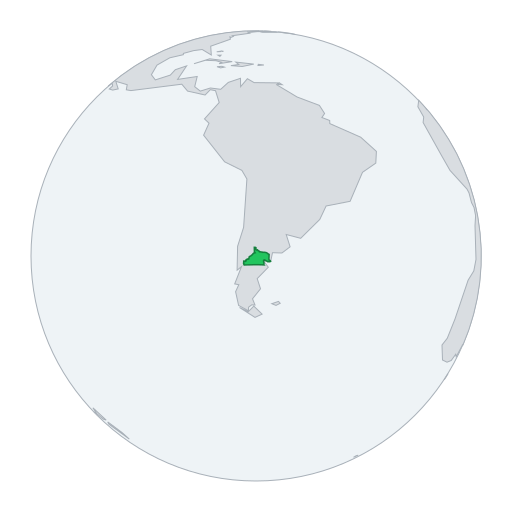 globe centered on Río Negro
{"feature_id": "ARG-1297", "entity_name": "Río Negro", "entity_type": "Province", "adm_level": 1, "iso_a3": "ARG", "parent_name": "Argentina", "parent_adm1": "", "projection": "orthographic", "projection_center": [-67.714, -39.784], "detail": "fine", "context": "on_globe", "style": "filled", "palette": "green", "viewbox_px": 512, "rotation_deg": 0, "n_neighbors": 0, "source": "natural_earth", "source_scale": "10m", "svg_char_len": 5800}
<svg xmlns="http://www.w3.org/2000/svg" viewBox="0 0 512 512"><circle cx="256" cy="256" r="225" fill="#eef3f6" stroke="#a8b0b8"/><path d="M259.2,30.7L246.9,31.3L262.8,30.9L264.8,31.4L268.4,31.7L272.9,31.9L275.2,31.8L277.6,32.3L262.7,32.3L260.4,31.9L265.1,31.7L257.6,31.6L247.6,32.6L249.4,33.3L232.4,35.7L233.4,36.4L230.3,37.7L229.8,36.2L230.4,39.2L210.7,46.2L211.3,55.0L202.2,49.5L193.7,50.6L183.4,53.4L183.3,54.7L169.8,57.8L157.0,65.1L151.4,74.7L155.3,79.9L170.3,75.1L175.3,69.7L186.6,65.9L177.6,79.4L197.2,76.5L194.7,86.7L200.3,91.1L210.4,88.0L220.7,89.3L228.3,82.4L240.5,78.3L240.6,86.7L247.4,78.7L254.1,82.6L278.5,82.9L276.6,84.7L297.1,97.0L319.4,105.4L324.6,113.5L321.9,117.5L329.7,120.5L329.8,123.6L360.7,137.2L376.4,151.4L375.8,163.1L362.5,172.3L350.1,201.3L326.1,206.0L319.8,219.4L300.7,238.3L286.2,234.5L290.1,246.8L281.9,253.0L272.5,252.7L270.7,261.3L263.7,261.1L268.3,267.2L257.2,278.6L260.5,288.8L252.5,298.8L255.0,305.0L251.8,304.8L248.6,307.2L248.4,310.8L238.6,305.4L235.6,291.7L238.8,284.7L234.7,283.9L241.5,266.6L237.1,270.2L237.6,246.3L243.6,227.4L246.9,179.0L241.9,170.4L224.6,161.8L203.6,135.2L209.0,123.2L204.5,118.9L219.2,102.5L215.5,90.7L210.3,89.7L205.1,95.0L187.6,91.1L181.8,84.2L130.9,90.6L126.3,89.8L127.2,84.7L115.8,81.3L118.2,88.9L112.7,90.1L109.3,89.0L112.6,86.0L112.2,83.2L108.1,86.1L108.7,85.6L121.5,75.3L134.9,66.0L149.1,57.7L163.7,50.5L178.9,44.3L194.5,39.3L210.4,35.4L226.6,32.7L242.9,31.1L259.2,30.7ZM209.7,58.8L232.2,61.6L219.1,63.7L221.6,62.3L216.0,60.7L205.4,60.3L194.0,63.7L209.7,58.8ZM220.6,51.6L216.7,51.8L220.6,51.2L220.6,51.6ZM255.0,317.4L239.5,307.5L248.2,311.8L253.8,306.1L262.1,314.1L255.0,317.4ZM271.8,303.7L278.5,301.4L280.2,303.3L276.0,305.4L271.8,303.7ZM462.8,345.4L463.0,344.0L456.2,356.7L455.7,354.3L451.2,360.5L447.0,362.2L442.5,360.0L442.0,345.0L447.3,338.2L455.0,319.0L468.1,280.2L473.8,270.9L476.0,259.4L475.0,225.7L475.6,215.6L474.0,207.4L471.5,202.6L469.0,192.9L467.0,189.1L450.0,170.4L441.4,155.3L423.1,122.5L423.7,117.0L417.9,106.8L418.7,100.2L429.7,112.5L439.7,125.6L448.7,139.4L456.8,153.8L463.7,168.8L469.5,184.2L474.2,200.0L477.7,216.1L480.0,232.5L481.2,248.9L481.1,265.4L479.8,281.9L477.3,298.2L473.6,314.3L468.8,330.0L462.8,345.4ZM425.2,107.5L427.1,110.0L425.2,107.5ZM279.3,82.8L282.2,84.7L278.3,84.5L279.3,82.8ZM217.0,66.7L221.9,66.3L224.4,67.1L220.6,67.9L217.0,66.7ZM258.3,64.3L263.9,65.0L258.0,65.5L258.3,64.3ZM235.8,62.1L253.8,64.1L242.2,66.5L230.9,65.6L238.8,64.5L235.8,62.1ZM218.0,55.2L221.0,55.2L219.9,56.4L218.0,55.2ZM223.5,51.3L222.3,51.5L220.9,50.9L223.5,51.3ZM265.7,31.4L266.9,31.4L271.4,31.7L269.2,31.7L265.7,31.4ZM284.5,32.5L291.9,33.6L295.1,34.4L291.3,33.6L288.8,33.4L277.8,31.9L281.3,32.1L284.5,32.5ZM265.0,30.9L271.2,31.3L264.1,30.9L265.0,30.9ZM358.2,455.2L353.5,457.3L356.2,455.7L358.2,455.2ZM444.2,379.8L445.7,377.6L448.1,373.6L444.2,379.8ZM108.9,424.2L107.7,421.9L114.2,426.7L122.6,433.0L129.3,439.1L108.9,424.2ZM103.2,419.1L97.3,414.2L94.0,412.1L96.1,412.7L92.9,407.8L106.2,420.1L103.2,419.1Z" fill="#d9dde1" stroke="#a8b0b8" stroke-width="1"/><path d="M244.2,265.0L244.1,264.9L244.1,264.7L244.0,264.3L243.9,264.3L243.9,264.2L243.8,263.9L243.6,263.6L243.8,263.4L243.8,263.2L243.7,263.1L243.7,262.9L243.7,262.7L243.6,262.4L243.7,262.1L243.7,261.9L243.7,261.7L243.7,261.4L243.7,261.1L244.1,261.1L244.3,261.2L244.5,261.1L245.2,261.4L245.4,261.4L245.5,261.4L245.8,261.2L246.1,260.8L246.2,260.7L246.1,260.4L245.9,260.3L245.8,260.2L246.0,259.9L246.2,259.7L246.3,259.6L246.5,259.4L246.8,259.3L247.0,259.3L247.3,259.3L247.3,259.2L247.5,259.0L247.8,259.2L248.0,259.2L248.5,259.1L248.6,258.8L248.8,258.8L248.8,258.7L248.9,258.3L248.9,258.2L249.0,257.9L249.1,257.7L249.1,257.4L249.1,257.1L249.2,256.9L249.3,256.7L250.1,256.2L250.5,256.2L250.8,255.9L251.0,255.8L251.2,255.5L251.3,255.4L251.5,255.2L251.8,255.0L252.0,255.0L252.2,254.9L252.3,254.8L252.4,254.6L252.6,254.4L252.7,254.1L252.8,254.0L252.9,253.9L253.0,253.9L253.1,253.7L253.3,253.4L253.5,253.3L253.7,253.2L253.9,253.0L254.0,252.9L254.3,252.9L254.5,252.9L254.8,252.9L255.1,252.8L255.0,252.7L254.6,251.9L254.4,251.7L254.3,247.9L254.3,247.3L255.6,247.4L255.7,247.5L255.8,247.6L256.0,247.8L256.0,248.1L256.0,248.3L255.9,248.4L255.7,248.5L255.5,248.8L255.5,249.0L255.7,249.3L255.8,249.2L255.9,249.3L256.0,249.4L256.2,249.7L256.3,249.9L256.4,250.0L256.5,250.0L256.8,250.0L257.0,250.0L257.3,249.9L257.5,249.8L257.7,250.0L257.8,250.3L257.9,250.5L258.0,250.6L258.3,250.8L258.5,250.8L258.8,250.9L258.9,251.0L259.0,251.1L259.3,251.2L259.4,251.3L259.5,251.5L259.5,251.8L260.1,251.9L260.6,251.8L261.4,252.0L261.5,252.0L261.8,252.1L262.1,252.2L262.2,252.3L262.3,252.3L262.3,252.2L262.5,252.1L262.8,252.2L263.0,252.3L263.4,252.3L263.5,252.3L264.0,252.3L264.4,252.3L264.5,252.3L264.8,252.3L265.7,252.5L265.9,252.5L266.9,252.9L267.1,253.1L267.3,253.2L267.6,253.5L267.9,253.6L268.0,253.7L268.1,253.8L268.2,254.0L268.3,254.0L268.7,254.3L268.8,254.4L268.9,254.5L269.1,254.5L269.0,256.7L268.9,258.8L268.9,259.8L269.5,260.1L269.9,260.4L270.1,260.6L270.4,260.9L270.4,261.0L270.5,261.2L270.6,261.3L270.4,261.5L270.1,261.6L269.8,261.7L269.6,261.7L269.0,261.7L268.9,261.7L268.5,261.7L268.1,261.7L267.6,261.7L267.4,261.6L267.1,261.3L267.0,261.2L266.9,261.2L266.7,261.0L265.8,260.6L265.4,260.5L265.1,260.3L264.9,260.3L264.7,260.2L264.5,260.3L264.4,260.2L264.5,260.1L264.8,260.2L264.7,260.0L264.8,259.9L264.7,259.8L264.4,259.8L264.2,259.8L264.3,259.8L264.3,260.0L264.0,260.0L263.7,260.2L263.7,260.3L263.6,260.5L263.5,260.8L263.6,261.6L263.7,262.1L263.8,262.4L263.8,262.5L264.0,262.8L264.0,263.0L263.9,263.3L263.9,263.5L264.0,263.9L264.0,264.0L263.9,264.2L263.8,264.5L263.7,264.6L263.7,264.8L263.8,264.9L263.7,264.9L261.8,264.8L260.9,264.8L258.4,264.7L254.9,264.7L253.9,264.7L251.4,264.8L251.1,264.8L245.7,264.9L244.2,265.0L244.2,265.0Z" fill="#22c55e" stroke="#15803d" stroke-width="1.5"/></svg>